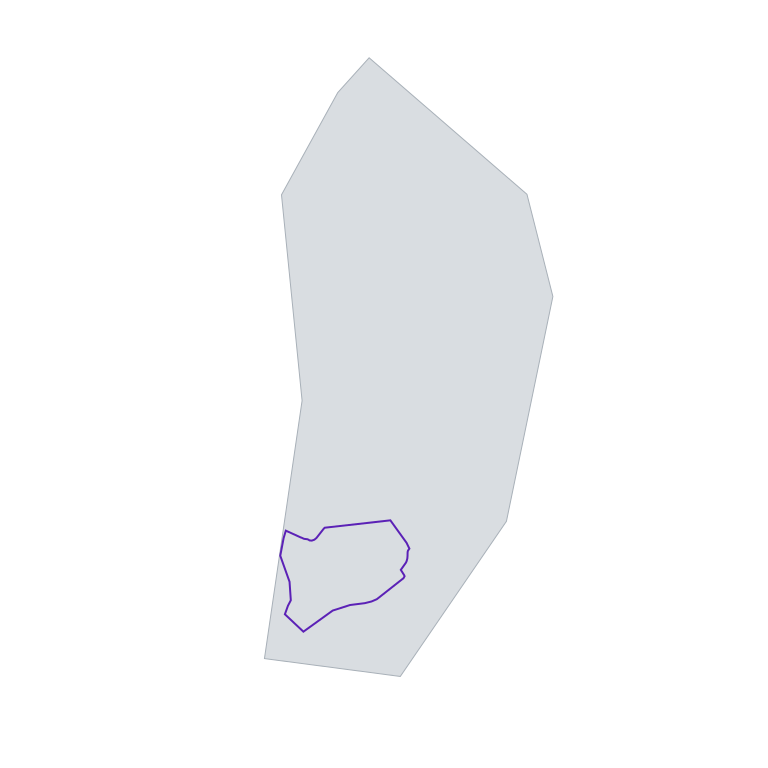 Saint George on a map of Dominica (Mercator projection), rotated 21°
{"feature_id": "DMA-1434", "entity_name": "Saint George", "entity_type": "Parish", "adm_level": 1, "iso_a3": "DMA", "parent_name": "Dominica", "parent_adm1": "", "projection": "mercator", "projection_center": [-61.35, 15.3], "detail": "fine", "context": "in_parent", "style": "outline", "palette": "violet", "viewbox_px": 768, "rotation_deg": 21, "n_neighbors": 0, "source": "natural_earth", "source_scale": "10m", "svg_char_len": 886}
<svg xmlns="http://www.w3.org/2000/svg" viewBox="0 0 768 768"><g transform="rotate(21 384 384)"><path d="M504.0,651.2L370.8,683.2L313.5,428.9L220.5,244.1L236.4,128.5L253.2,84.8L449.5,155.7L510.3,241.8L547.5,468.3L504.0,651.2Z" fill="#d9dde1" stroke="#a8b0b8" stroke-width="1"/><path d="M374.0,634.5L373.8,625.5L374.5,619.3L366.7,602.5L348.7,581.5L345.5,563.8L344.9,556.1L361.5,557.1L361.9,557.0L364.5,557.2L365.3,557.1L368.0,556.4L368.7,556.4L369.4,556.4L370.0,556.6L370.6,556.7L371.6,556.4L372.7,556.1L374.8,554.3L376.1,552.0L379.3,541.6L379.5,541.0L379.7,540.4L380.2,539.4L438.8,509.0L462.0,524.2L466.7,528.6L466.1,531.0L466.2,532.0L466.5,533.1L467.6,536.1L468.3,538.5L468.6,541.4L468.5,542.9L466.3,551.5L471.4,555.3L472.1,556.1L471.8,558.3L454.4,587.5L450.3,591.5L444.6,595.5L431.5,602.5L417.3,613.9L397.5,644.1L374.0,634.5Z" fill="none" stroke="#5b21b6" stroke-width="2"/></g></svg>